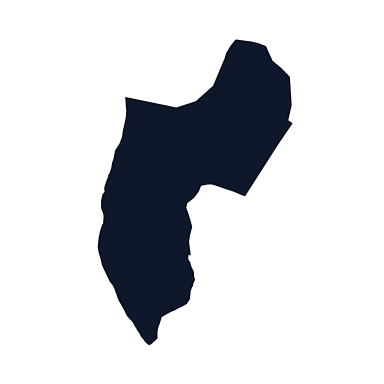 outline of Funakaye, Gombe, Nigeria, rotated 189°
{"feature_id": "59680162B83394095212312", "entity_name": "Funakaye", "entity_type": "district", "adm_level": 2, "iso_a3": "NGA", "parent_name": "Nigeria", "parent_adm1": "Gombe", "projection": "natural_earth1", "projection_center": [11.4, 10.81], "detail": "fine", "context": "isolated", "style": "filled", "palette": "ink", "viewbox_px": 384, "rotation_deg": 189, "n_neighbors": 0, "source": "geoboundaries", "source_scale": "gbopen_adm2", "svg_char_len": 2168}
<svg xmlns="http://www.w3.org/2000/svg" viewBox="0 0 384 384"><g transform="rotate(189 192 192)"><path d="M248.3,76.3L247.0,74.0L240.4,65.8L238.2,62.6L236.5,60.1L233.9,57.9L229.9,54.9L226.4,50.4L223.2,46.6L221.5,45.0L219.0,41.4L216.7,39.6L214.4,37.1L213.3,36.4L210.5,34.8L209.0,35.8L208.9,35.9L204.0,42.2L205.0,48.6L205.0,51.6L203.7,59.3L203.0,64.1L198.4,67.9L194.8,70.7L190.9,73.1L186.8,76.4L185.4,77.1L180.4,81.0L180.2,81.1L179.0,83.9L178.1,86.0L178.5,93.5L178.6,94.0L177.8,97.6L177.5,98.7L177.2,99.4L177.1,99.5L177.1,100.2L177.1,102.5L176.0,105.6L177.6,109.1L178.3,113.1L182.1,118.6L183.3,121.8L184.7,123.1L186.2,125.5L186.5,130.1L184.3,130.0L185.0,132.4L185.1,132.5L186.7,138.2L187.8,141.8L187.9,142.0L187.9,142.6L187.9,145.3L188.0,147.1L188.0,147.3L188.0,149.1L187.4,154.5L187.1,157.4L188.3,160.2L190.5,165.1L191.6,167.3L193.1,170.2L194.8,173.3L195.3,174.3L196.0,175.4L195.6,180.6L189.7,186.9L186.2,193.5L184.6,200.1L184.4,200.3L180.8,201.5L178.3,202.5L173.6,203.3L169.7,202.8L161.9,201.4L160.3,201.1L155.8,200.4L151.4,199.7L144.6,198.0L144.4,197.9L139.4,196.9L122.9,234.6L115.4,251.8L113.1,256.8L110.9,261.5L104.3,275.2L108.9,277.4L108.5,284.5L107.9,293.2L114.0,320.6L123.8,327.9L133.5,333.7L142.3,347.0L149.0,348.5L154.5,349.0L158.7,349.2L158.8,349.2L160.5,349.0L172.0,348.8L172.6,348.2L176.0,342.5L179.2,334.4L180.0,328.8L187.1,299.9L201.9,281.7L220.6,272.2L231.6,272.8L241.2,273.2L253.6,273.8L261.3,274.1L266.6,274.4L271.9,274.6L269.7,265.4L268.9,262.1L268.3,256.0L268.5,251.1L269.1,241.8L269.0,235.3L269.9,231.0L270.5,228.1L273.7,220.9L274.0,212.2L274.6,209.3L274.7,207.8L274.7,207.2L274.8,202.8L275.5,198.0L276.7,195.2L276.4,193.6L277.4,190.5L277.7,188.5L278.4,184.6L278.5,181.4L277.5,178.8L278.4,177.0L278.6,176.7L279.3,175.2L279.7,169.1L278.5,162.0L276.1,157.9L274.8,154.7L274.6,153.1L274.5,151.2L274.3,149.1L274.1,146.5L274.9,145.4L275.3,142.9L275.9,139.5L276.3,131.7L276.1,128.8L275.9,125.3L275.6,122.7L275.6,122.4L274.1,118.2L271.3,112.1L270.4,110.1L269.2,107.0L268.2,105.1L267.3,103.7L266.3,102.2L265.5,101.0L265.1,100.5L263.2,97.8L258.6,91.1L255.5,88.3L252.7,84.5L251.2,81.6L248.3,76.3Z" fill="#0f172a" stroke="#020617" stroke-width="1.5"/></g></svg>